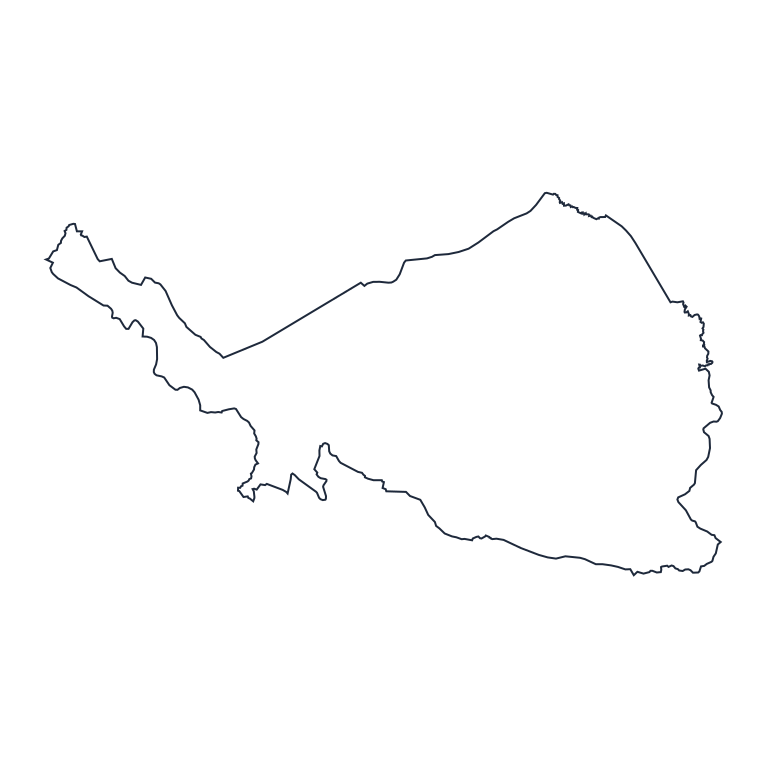 Tron, Uttaradit, Thailand (Robinson projection)
{"feature_id": "78962969B58085194309258", "entity_name": "Tron", "entity_type": "district", "adm_level": 2, "iso_a3": "THA", "parent_name": "Thailand", "parent_adm1": "Uttaradit", "projection": "robinson", "projection_center": [100.116, 17.469], "detail": "fine", "context": "isolated", "style": "outline", "palette": "slate", "viewbox_px": 768, "rotation_deg": 0, "n_neighbors": 0, "source": "geoboundaries", "source_scale": "gbopen_adm2", "svg_char_len": 6092}
<svg xmlns="http://www.w3.org/2000/svg" viewBox="0 0 768 768"><path d="M75.0,224.0L73.4,223.8L69.2,225.0L68.6,226.3L66.6,227.7L66.4,229.9L64.6,231.0L65.5,233.2L64.8,235.8L62.3,238.4L61.0,240.9L60.9,242.9L58.3,244.8L56.9,250.1L53.2,251.4L48.9,258.5L46.1,259.5L52.9,262.7L50.3,268.0L51.8,272.2L53.2,274.0L58.0,278.4L70.5,285.0L76.5,287.5L88.5,296.2L103.5,305.5L107.5,305.7L111.1,308.8L112.3,310.7L112.7,312.8L112.0,316.5L112.2,317.6L113.6,318.3L116.2,317.8L119.7,319.1L124.1,326.4L126.2,328.9L128.5,328.9L132.5,322.2L134.4,320.4L135.7,320.2L137.9,321.6L143.3,328.6L142.6,336.5L147.1,336.7L151.1,337.9L154.1,340.0L156.0,343.0L156.9,347.1L157.1,359.1L156.1,364.4L153.9,369.6L153.8,372.1L154.6,373.8L156.5,375.3L161.7,376.4L164.2,377.5L169.4,385.2L175.4,389.7L177.5,389.8L179.8,388.0L183.9,386.8L187.9,387.4L192.2,389.6L194.6,392.3L198.6,399.7L200.2,405.3L200.2,410.4L207.4,412.9L211.0,412.1L215.2,412.5L218.2,412.0L221.6,412.5L222.2,411.0L228.8,409.3L234.2,408.4L236.0,409.0L241.1,417.1L243.5,419.0L247.2,420.9L249.0,422.5L250.6,425.9L254.5,430.4L254.2,433.5L255.9,436.4L256.6,438.7L256.3,440.3L258.5,442.2L258.4,444.1L256.3,449.5L256.6,453.0L254.7,456.6L254.9,458.5L255.7,460.3L258.0,463.4L255.4,464.6L254.2,467.2L254.0,469.5L251.9,473.0L250.9,473.6L251.5,476.3L251.1,478.4L249.3,479.1L248.7,480.5L247.5,481.5L242.7,483.5L242.5,485.7L241.0,486.3L240.2,487.8L238.1,487.7L238.0,490.7L239.3,491.1L243.5,497.0L247.7,496.4L248.4,498.0L249.8,498.5L253.2,501.3L254.4,498.0L254.4,496.7L253.8,491.3L252.6,489.1L254.1,488.7L256.7,489.6L260.5,484.4L265.1,485.1L266.8,483.9L282.7,489.9L286.3,492.0L287.6,493.5L290.7,479.3L291.2,474.6L292.5,473.5L294.8,475.1L298.8,479.3L316.1,491.8L317.0,492.8L319.1,497.8L320.5,499.2L322.8,500.1L325.4,499.7L325.9,498.7L326.0,496.1L323.1,486.8L323.5,485.3L326.4,481.1L326.5,479.8L325.5,479.1L320.7,478.2L318.4,476.8L316.6,474.4L317.3,472.6L314.3,469.2L319.5,456.0L319.4,450.4L320.3,446.0L321.9,446.4L323.2,443.8L325.1,443.1L327.4,443.9L328.8,445.2L329.2,451.3L330.3,453.6L332.5,455.4L336.2,456.1L338.9,460.9L340.6,462.8L358.0,471.9L362.0,472.8L363.4,474.7L365.0,475.9L364.9,477.3L368.0,478.7L373.5,480.2L381.8,480.2L382.2,481.5L383.9,482.1L382.6,488.0L385.7,489.2L386.3,491.3L406.0,491.9L410.0,496.0L420.3,499.8L424.8,507.5L428.2,514.9L434.9,522.0L436.1,525.9L439.4,528.4L444.7,533.5L452.0,536.4L456.4,537.3L461.7,539.2L464.5,538.9L472.1,540.3L472.8,538.5L476.4,536.9L478.4,536.5L480.0,538.2L481.5,538.5L485.2,536.4L485.8,535.5L489.3,537.0L489.5,537.7L490.7,537.9L491.1,538.7L492.3,539.1L496.5,538.7L503.6,539.9L521.0,548.1L538.8,554.9L547.7,557.4L556.0,558.6L565.4,556.3L580.1,557.8L585.0,559.2L595.8,564.2L602.5,564.2L611.1,565.4L617.9,566.9L625.4,569.4L630.3,569.2L633.8,575.2L637.4,571.8L643.5,573.6L649.4,572.1L650.5,570.8L652.4,570.8L656.8,572.5L660.8,572.1L661.3,569.8L661.0,567.1L662.0,566.5L667.2,565.7L668.5,566.9L671.6,565.5L673.5,566.1L675.4,568.4L677.8,569.1L679.2,570.5L682.7,571.0L685.2,569.5L688.4,569.3L690.5,570.2L693.0,572.7L698.2,572.5L699.4,571.4L701.0,566.4L704.2,565.9L706.8,563.9L711.5,561.8L712.4,560.9L713.5,556.8L715.8,553.4L717.8,544.5L720.7,542.0L715.6,538.1L714.4,535.2L711.6,534.8L707.2,531.5L700.3,528.6L697.4,526.7L695.7,522.2L694.9,521.3L692.2,520.6L690.9,519.5L685.9,510.3L678.4,502.1L677.4,499.5L678.2,497.4L685.0,494.3L689.4,490.9L690.1,487.9L694.0,484.6L694.9,483.1L696.1,470.2L700.8,465.0L706.5,460.0L708.2,456.9L710.0,448.1L709.6,438.9L708.6,436.0L704.0,432.2L703.3,429.5L703.6,428.3L710.1,422.8L713.6,421.5L716.5,421.7L717.8,421.2L720.1,418.1L721.9,413.7L721.7,411.9L720.2,410.0L718.7,406.5L716.0,404.8L712.1,403.5L711.6,402.8L713.6,396.9L712.1,395.2L710.7,392.3L710.6,390.3L709.1,387.4L708.6,380.3L709.6,375.4L708.8,371.8L705.5,368.7L699.0,370.6L698.3,368.7L698.7,367.8L699.9,367.5L699.2,364.6L699.9,364.7L700.0,365.9L702.8,365.5L704.9,366.3L706.2,365.3L707.7,365.3L708.3,364.2L709.3,364.5L710.0,363.8L710.9,364.0L712.2,362.9L712.5,362.0L712.1,361.3L710.3,360.9L706.9,362.1L706.8,360.6L707.6,358.6L707.0,357.5L707.2,355.7L708.3,353.8L708.4,351.5L705.0,348.3L704.5,346.7L703.0,346.5L703.0,345.4L704.0,345.3L704.3,344.8L703.9,343.6L704.1,342.1L702.6,340.5L700.8,340.2L701.0,338.8L700.0,335.6L700.5,335.1L702.0,335.2L702.5,333.8L703.5,332.8L703.0,331.0L703.4,329.7L702.5,328.4L703.5,327.0L703.8,323.6L702.9,322.3L701.7,322.8L700.5,322.0L701.2,318.5L700.5,318.3L699.6,318.8L699.2,316.4L698.1,314.7L697.1,314.4L694.6,315.0L692.4,316.9L691.0,316.4L690.4,315.1L688.8,315.5L688.9,314.1L687.8,311.3L686.3,312.4L684.8,312.5L684.5,311.9L684.9,309.3L686.6,306.7L685.5,305.7L685.0,307.2L684.3,307.1L683.1,304.1L683.5,302.5L682.9,301.3L677.4,302.3L672.5,301.6L670.5,302.3L635.4,243.0L630.9,236.1L626.0,230.5L621.7,226.3L605.9,215.4L605.1,217.0L600.3,217.1L599.1,217.6L598.8,218.6L598.0,218.3L596.4,219.2L593.2,217.8L592.2,216.6L591.5,217.0L590.7,215.6L589.1,216.0L589.3,215.1L588.7,214.3L586.1,214.3L585.8,213.2L584.3,214.5L584.1,213.4L582.6,213.7L582.7,212.4L581.7,212.5L580.9,213.3L577.9,211.9L578.1,210.0L577.1,209.7L577.3,208.0L575.5,207.9L573.7,207.0L572.9,207.2L572.1,206.4L570.8,207.0L570.4,205.4L569.2,205.3L568.6,204.3L565.9,205.6L564.0,205.7L563.9,203.3L562.6,203.8L562.0,202.1L560.0,202.9L559.7,202.1L560.2,200.5L559.1,199.2L559.1,198.0L557.6,196.9L557.5,195.2L556.3,195.1L555.3,193.9L553.8,193.8L553.0,194.6L546.7,192.8L544.8,193.2L536.1,204.9L530.5,210.9L526.6,213.4L514.1,218.3L508.2,221.8L497.1,229.4L493.5,231.2L478.4,242.5L468.6,248.7L458.6,252.0L448.4,254.1L434.9,255.1L432.0,256.8L427.0,258.4L405.8,260.5L404.1,262.6L399.7,274.3L396.3,279.7L393.2,281.7L391.4,282.5L388.5,282.7L379.7,281.8L373.1,281.9L367.3,283.6L364.4,285.9L360.8,282.7L262.4,341.7L223.3,357.8L219.5,353.7L216.3,352.0L209.9,346.9L203.9,340.0L201.5,338.5L200.6,336.9L195.4,334.8L186.4,326.9L184.9,323.3L179.2,317.9L177.2,315.3L171.9,305.3L165.6,291.0L160.4,284.4L158.7,283.3L155.0,282.6L151.2,278.8L145.2,277.5L141.0,284.9L132.0,282.7L128.4,280.7L124.7,276.0L119.9,272.6L115.6,268.2L111.8,258.9L99.7,261.3L97.7,259.1L86.8,236.6L84.4,237.0L82.3,235.6L81.2,235.4L80.8,234.6L82.1,231.3L76.9,231.3L75.0,224.0Z" fill="none" stroke="#1e293b" stroke-width="2"/></svg>